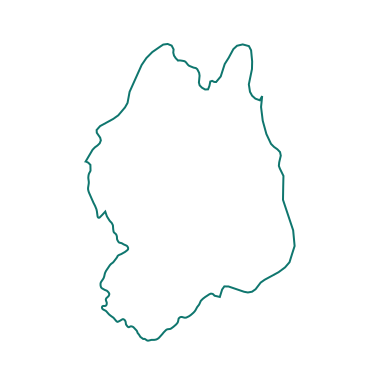 map outline of Južno-Banatski (Robinson projection), rotated 279°
{"feature_id": "SRB-1060", "entity_name": "Južno-Banatski", "entity_type": "District", "adm_level": 1, "iso_a3": "SRB", "parent_name": "Republic of Serbia", "parent_adm1": "", "projection": "robinson", "projection_center": [20.779, 44.991], "detail": "fine", "context": "isolated", "style": "outline", "palette": "teal", "viewbox_px": 384, "rotation_deg": 279, "n_neighbors": 0, "source": "natural_earth", "source_scale": "10m", "svg_char_len": 3987}
<svg xmlns="http://www.w3.org/2000/svg" viewBox="0 0 384 384"><g transform="rotate(279 192 192)"><path d="M205.5,82.2L218.2,87.2L220.9,89.1L223.2,91.4L225.6,93.2L228.7,93.9L231.3,92.8L235.6,88.7L238.3,88.1L242.7,90.9L251.8,102.7L256.2,107.2L265.1,112.6L269.9,114.4L281.2,114.7L309.6,122.4L317.2,126.0L324.0,130.9L330.7,137.9L333.1,140.5L334.4,144.8L333.4,149.0L330.0,151.5L326.7,151.7L323.9,152.9L321.6,155.0L319.6,157.7L319.9,158.2L320.1,160.2L320.1,162.6L320.0,164.3L319.2,165.7L317.0,168.1L316.2,169.4L315.1,174.1L315.0,176.4L314.1,178.0L310.8,180.4L308.0,181.3L301.2,181.7L298.5,182.9L296.6,185.5L295.3,188.9L295.9,191.8L299.5,192.6L304.0,192.8L304.9,194.5L304.2,196.7L304.4,198.6L310.6,202.3L323.5,204.3L330.2,207.2L339.6,210.5L343.5,213.6L345.7,219.0L345.0,225.4L341.2,228.2L330.3,231.0L322.8,232.0L307.2,231.3L300.0,233.6L296.5,236.3L294.1,240.0L293.2,244.6L297.7,246.3L286.8,246.9L273.5,250.7L260.9,256.4L251.9,262.5L249.4,265.9L247.5,269.7L245.2,272.7L241.8,274.0L235.0,273.5L231.4,273.7L228.9,275.1L222.2,279.8L211.2,281.3L198.5,283.1L170.0,297.9L154.7,301.8L146.2,300.5L137.9,299.3L132.1,295.7L126.3,290.0L116.7,277.5L113.3,274.0L105.9,270.0L102.9,266.9L101.5,262.9L101.6,259.1L104.4,242.8L103.8,238.7L100.4,237.0L92.7,235.9L93.1,230.5L94.1,229.2L94.5,228.5L94.6,227.8L94.6,227.0L94.5,226.4L94.0,225.6L93.5,224.9L92.2,223.5L90.4,221.5L88.3,219.5L86.8,218.4L86.1,217.9L85.4,217.6L83.1,217.0L81.8,216.6L79.1,215.1L75.7,213.9L74.5,213.3L73.0,212.3L70.6,210.3L69.2,208.9L68.6,208.2L67.3,206.3L66.9,205.6L66.8,204.9L66.7,204.1L66.9,202.3L67.0,201.5L66.8,200.7L66.6,200.1L66.2,199.6L65.6,199.1L65.1,198.7L64.8,198.6L62.3,198.5L61.4,198.4L60.7,198.2L59.9,197.8L58.5,196.9L56.0,194.8L54.5,193.3L53.8,192.6L53.3,191.8L53.1,191.1L52.7,189.6L52.4,188.9L51.9,188.2L51.3,187.7L48.9,186.0L47.0,184.9L43.3,182.5L42.6,182.0L41.6,181.0L40.8,179.9L40.4,178.9L40.1,178.0L39.8,176.1L39.6,175.1L38.5,172.5L38.3,171.8L38.3,171.0L38.6,170.3L39.3,168.8L39.5,168.2L39.4,167.5L39.2,166.8L40.8,163.7L42.9,161.9L44.2,160.4L46.0,159.4L46.6,158.8L49.1,155.6L49.5,154.9L49.7,154.2L49.8,153.5L49.8,152.9L49.6,152.2L48.9,151.3L48.6,150.8L48.6,150.2L49.1,149.3L50.3,148.1L50.8,147.6L51.3,147.4L53.2,146.8L53.7,146.6L54.4,146.1L55.1,145.4L55.4,144.8L55.6,144.1L55.5,143.4L55.1,142.8L53.8,141.3L52.4,139.4L52.2,138.8L52.1,138.6L52.4,137.8L53.0,137.0L55.3,134.4L55.8,133.6L56.4,132.3L57.4,130.4L58.2,129.1L60.7,126.1L61.2,125.3L61.9,123.1L62.2,122.4L62.6,121.8L63.1,121.4L63.7,121.2L64.1,121.1L64.6,121.2L65.2,121.5L65.4,121.9L65.6,122.3L65.8,123.8L66.0,124.3L66.3,124.7L66.7,125.0L67.3,125.2L68.0,125.3L68.8,125.2L69.4,125.1L70.0,124.8L71.0,124.2L71.9,123.8L72.4,123.7L73.0,123.8L73.7,124.0L76.0,125.8L77.2,126.2L78.0,126.3L78.8,126.1L79.4,125.6L80.0,125.0L80.9,123.8L81.2,123.2L81.7,121.0L82.7,118.4L83.0,117.8L83.5,117.2L84.4,116.7L85.4,116.3L87.0,116.0L87.6,116.0L88.4,116.1L89.2,116.4L92.8,118.1L93.8,118.3L94.8,118.5L97.9,118.7L98.9,118.9L100.8,119.5L104.4,121.2L106.8,122.3L108.3,123.3L109.9,124.9L110.8,125.5L115.8,128.2L116.4,128.3L117.2,128.6L117.8,129.1L118.4,129.8L119.6,131.8L122.3,135.2L124.3,137.1L124.7,137.4L125.4,137.8L125.9,137.8L126.4,137.7L126.9,137.6L127.8,137.0L128.2,136.6L128.6,136.1L128.8,135.6L129.6,132.6L130.4,130.7L130.5,130.0L130.6,128.4L130.7,127.9L131.0,127.5L131.3,127.1L132.6,126.0L133.3,125.6L133.8,125.3L134.4,125.2L136.2,124.8L136.7,124.6L137.7,124.1L138.2,123.7L138.6,123.3L139.7,121.5L140.2,121.0L140.7,120.7L142.9,120.0L146.7,119.1L147.6,118.5L148.9,117.5L149.3,117.0L150.1,115.9L150.9,115.0L154.1,112.2L155.1,111.5L159.1,109.4L155.6,107.1L152.4,104.8L152.1,104.4L152.0,104.0L152.0,103.6L152.2,103.2L152.8,102.7L153.6,102.4L158.0,101.1L159.8,100.4L160.5,100.0L163.0,98.5L165.9,96.4L169.6,94.0L175.2,90.4L176.5,89.7L178.2,89.0L179.2,88.8L180.2,88.7L184.2,88.7L185.2,88.6L186.2,88.4L189.2,87.5L190.2,87.3L192.3,87.2L193.4,87.3L194.4,87.5L196.6,88.3L197.4,88.4L202.9,87.4L203.2,87.0L204.7,85.0L205.5,82.5L205.5,82.2Z" fill="none" stroke="#0f766e" stroke-width="2"/></g></svg>